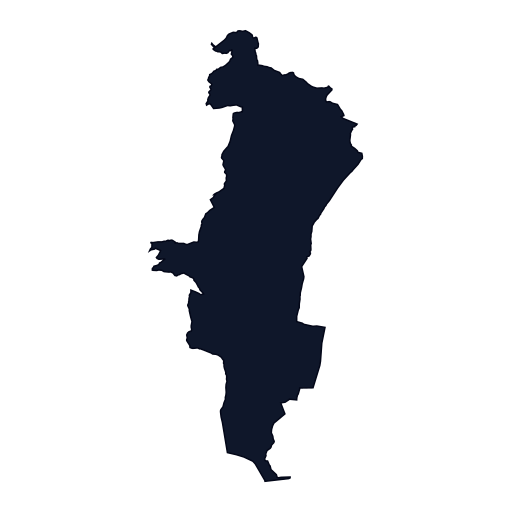 Godeni, Arges, Romania
{"feature_id": "2599482B53063420338002", "entity_name": "Godeni", "entity_type": "district", "adm_level": 2, "iso_a3": "ROU", "parent_name": "Romania", "parent_adm1": "Arges", "projection": "robinson", "projection_center": [24.972, 45.207], "detail": "fine", "context": "isolated", "style": "filled", "palette": "ink", "viewbox_px": 512, "rotation_deg": 0, "n_neighbors": 0, "source": "geoboundaries", "source_scale": "gbopen_adm2", "svg_char_len": 5999}
<svg xmlns="http://www.w3.org/2000/svg" viewBox="0 0 512 512"><path d="M227.4,452.6L236.4,454.7L243.9,457.0L252.8,461.2L255.2,463.8L264.8,480.3L265.0,481.3L288.7,478.6L290.1,477.9L290.1,477.0L281.0,477.3L278.3,477.8L277.0,477.1L276.4,474.7L271.0,469.6L270.1,465.9L269.3,465.1L267.6,461.0L265.7,460.9L265.1,460.4L264.6,458.9L266.0,455.7L265.7,454.0L267.0,450.6L270.2,448.3L271.0,447.2L271.6,445.0L273.8,442.6L274.2,441.3L273.2,439.0L272.8,436.2L271.3,432.8L271.6,429.4L272.6,425.8L273.9,423.1L284.9,413.9L280.7,402.9L285.1,402.2L288.9,399.7L289.3,399.2L296.7,399.9L296.8,397.9L297.4,395.3L298.2,394.0L299.7,388.8L299.7,388.0L313.0,387.8L319.8,365.5L320.5,361.2L321.8,343.2L325.0,327.4L316.8,326.0L312.9,326.3L303.8,324.3L302.3,323.2L296.7,321.6L296.7,316.3L298.3,309.8L299.2,307.8L299.3,303.7L300.0,299.2L299.9,296.3L300.2,295.6L300.3,292.8L301.5,287.8L302.2,283.7L303.6,278.9L303.9,276.7L301.8,267.3L301.8,266.3L307.0,258.4L306.8,257.8L306.8,256.8L309.1,256.0L310.4,253.8L310.4,252.9L309.7,252.1L309.7,251.7L310.4,251.1L310.8,250.3L310.9,249.2L310.7,244.9L311.2,243.6L310.6,239.0L311.0,236.8L311.0,234.0L311.8,231.4L312.2,225.9L313.7,223.4L314.0,222.5L316.6,219.5L318.0,218.4L319.5,215.3L320.5,214.3L320.9,213.0L323.8,208.7L324.5,207.0L325.9,205.5L326.5,204.1L329.3,200.7L337.7,187.8L343.4,180.1L350.2,172.7L351.9,171.3L353.2,169.6L358.0,164.3L361.1,159.4L362.3,158.6L362.4,156.3L361.8,153.3L357.9,152.3L357.4,150.9L354.7,148.4L351.2,146.1L351.4,145.1L350.4,143.5L350.0,141.9L349.8,140.3L350.5,134.8L350.3,133.6L351.7,130.3L352.5,129.5L352.3,127.2L354.6,126.7L354.5,126.3L356.2,125.3L357.1,124.1L342.8,118.3L341.2,116.7L343.9,115.6L343.6,114.4L341.7,110.7L340.3,109.2L337.5,104.5L332.4,103.2L330.2,101.8L329.2,101.6L326.5,102.0L325.9,100.9L325.6,100.1L325.7,98.4L326.3,96.5L327.2,94.9L331.9,89.9L331.9,88.9L330.3,87.9L328.7,86.1L328.2,86.3L327.9,87.2L327.7,87.3L323.9,88.2L321.9,87.9L316.9,88.2L312.9,87.0L311.2,86.2L307.2,83.4L306.6,82.5L302.8,79.3L298.9,78.5L296.2,77.0L294.4,75.4L293.7,74.0L293.5,72.9L292.6,72.4L290.3,72.6L288.8,73.2L288.0,73.9L285.8,74.9L284.5,74.9L281.9,75.6L281.4,74.6L280.2,73.5L279.9,72.7L279.3,72.3L274.2,70.4L271.1,67.9L269.3,67.6L267.0,66.7L264.0,66.3L262.0,65.6L257.8,65.0L257.8,63.0L257.5,60.7L256.9,59.8L256.6,58.3L256.5,55.9L255.7,54.1L255.8,53.3L255.1,51.6L254.8,48.2L256.7,48.3L257.8,47.4L258.2,46.8L258.4,43.7L257.9,42.3L256.9,37.9L255.9,37.2L253.8,38.1L253.1,37.8L252.6,37.2L252.2,35.1L251.6,34.5L249.2,32.7L245.5,30.7L242.7,31.4L239.9,30.8L238.0,30.9L237.3,31.8L236.2,32.6L233.2,32.3L228.9,34.1L227.5,35.5L226.2,38.2L224.3,40.2L215.7,46.9L213.0,44.8L211.8,43.3L211.4,44.3L213.2,46.3L214.8,47.5L213.2,48.6L213.1,49.1L213.7,49.7L215.6,51.0L216.8,51.2L217.6,51.7L220.5,51.9L222.3,53.5L224.7,53.1L226.4,53.3L227.8,52.7L229.0,51.1L229.8,50.4L230.6,50.7L231.7,49.9L232.1,50.2L231.9,51.9L231.3,54.1L232.6,55.6L232.9,56.9L231.9,58.2L230.6,59.1L229.8,61.2L229.0,62.2L225.5,65.4L222.9,67.0L220.6,67.4L218.1,69.4L216.9,69.2L215.8,70.5L213.6,71.4L213.3,72.1L211.8,73.6L209.7,74.6L209.6,75.9L208.7,77.4L208.3,79.1L207.8,80.0L209.0,81.8L211.5,83.7L211.8,84.6L211.2,85.8L210.0,86.3L209.9,86.8L209.9,87.3L211.1,89.2L211.0,89.7L208.8,92.1L208.9,92.8L210.0,94.4L210.1,95.1L208.4,97.7L207.8,99.6L207.9,101.0L206.2,103.6L206.6,105.1L208.4,104.0L209.7,103.8L210.8,104.5L213.6,108.5L219.4,108.0L222.1,107.4L227.5,105.5L230.2,105.8L233.0,105.3L236.5,104.9L240.6,106.7L242.4,107.1L242.3,108.9L242.5,110.1L242.3,111.7L241.5,111.6L240.8,112.1L238.5,112.6L237.1,112.4L234.8,112.9L233.4,113.5L233.2,114.5L232.9,117.6L233.1,119.0L232.8,120.2L232.9,121.1L234.6,124.5L234.7,125.9L233.4,130.7L231.5,135.5L230.2,141.2L227.9,146.8L227.3,147.2L223.8,151.2L222.0,154.6L221.9,156.2L221.5,157.3L221.7,158.1L223.6,160.3L223.8,160.9L223.0,164.6L223.3,165.6L225.5,169.3L225.4,170.4L224.7,171.5L224.7,172.5L226.2,173.9L226.6,174.8L226.6,176.5L226.2,177.9L226.4,180.9L224.5,183.5L224.4,184.2L224.7,185.5L223.9,188.4L218.8,192.0L216.6,192.9L214.5,194.1L214.0,194.6L215.3,194.5L214.3,195.7L213.4,197.5L210.4,199.7L214.3,207.4L209.9,210.3L207.4,212.8L205.8,213.8L204.4,217.6L203.3,218.8L202.0,220.7L201.7,221.9L202.1,223.8L201.3,225.1L201.4,226.2L199.5,231.6L198.9,234.7L198.6,239.9L198.4,241.3L198.1,241.9L196.7,242.3L193.8,242.0L187.2,244.6L185.7,244.3L183.7,243.4L178.4,243.4L177.0,242.8L175.3,243.1L175.3,242.2L172.4,240.3L171.4,240.1L169.5,240.5L168.9,240.9L168.1,240.2L165.3,241.4L164.2,241.2L161.9,241.9L157.8,241.9L153.0,242.6L151.1,242.4L150.9,242.8L152.0,243.5L151.9,247.4L150.4,249.0L149.6,250.8L150.9,249.9L154.5,249.1L155.4,248.3L160.6,250.5L160.0,252.1L158.3,255.3L156.4,257.5L157.1,258.5L158.9,259.3L164.3,258.8L164.7,259.1L161.8,261.6L161.4,262.2L160.2,262.6L159.5,263.1L158.8,264.6L156.4,265.6L154.0,266.2L153.4,267.5L152.4,268.4L152.3,270.1L153.0,270.3L156.7,270.5L158.8,270.0L161.8,270.3L164.0,271.6L169.1,272.1L170.3,271.9L171.2,272.1L173.0,273.0L174.9,275.5L176.7,275.9L178.1,274.9L179.2,274.7L181.3,273.6L184.2,273.0L185.1,273.8L189.2,275.9L189.9,276.8L192.7,277.8L193.8,278.9L194.0,280.3L196.0,282.4L197.7,285.5L198.3,286.9L199.3,287.9L200.1,290.0L202.2,292.1L203.6,293.9L202.1,294.4L200.6,294.6L199.9,294.3L199.0,293.5L195.3,291.8L190.9,290.1L190.9,292.6L189.3,295.2L189.6,296.0L189.0,298.6L188.9,301.2L188.6,301.9L188.7,302.9L187.8,304.9L187.8,305.7L189.3,309.0L189.3,310.8L190.7,317.0L192.0,321.6L191.2,325.7L191.2,327.3L191.6,329.0L191.6,330.2L191.3,330.9L188.9,331.8L187.6,333.0L186.7,335.0L187.3,338.0L186.7,339.5L186.7,340.6L189.8,345.5L190.0,347.5L192.1,348.3L193.9,348.3L197.5,347.9L199.7,348.9L200.2,348.7L211.2,353.0L212.6,354.0L215.9,354.3L217.2,354.7L218.4,355.2L221.3,357.2L222.7,359.3L223.7,360.0L223.5,360.8L223.8,361.2L223.5,363.1L224.1,364.5L224.0,366.1L224.4,368.1L225.8,372.3L225.7,373.9L226.5,375.0L226.7,377.0L226.5,379.1L227.0,381.3L226.1,384.4L225.9,387.6L226.2,392.3L225.9,395.2L225.3,397.4L225.4,399.4L224.0,402.8L223.0,406.8L221.0,409.5L220.6,410.4L220.5,411.7L221.1,416.9L222.4,422.4L227.4,452.6Z" fill="#0f172a" stroke="#020617" stroke-width="1.5"/></svg>